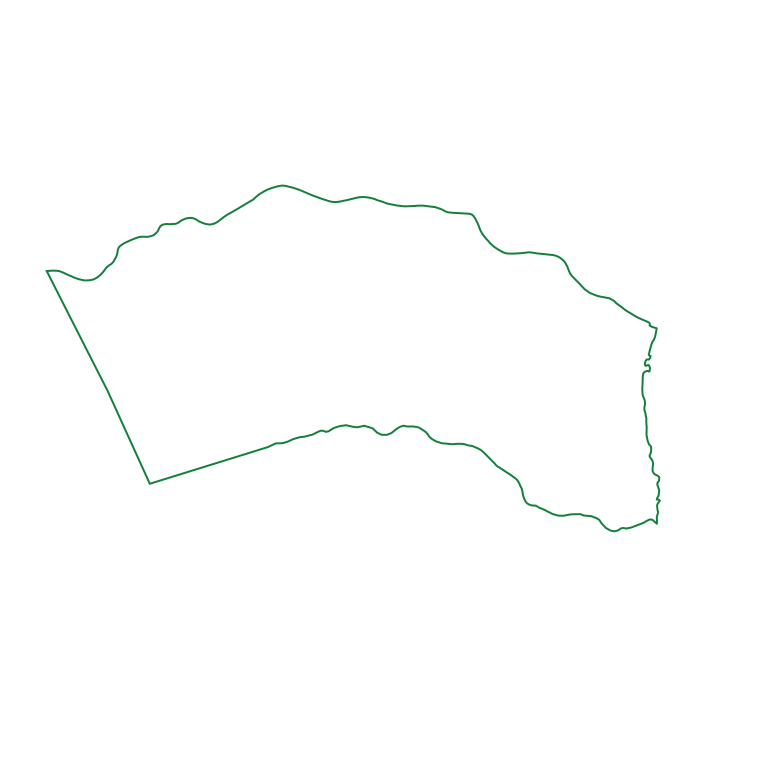 the district of Industry, Choiseul, Saint Lucia, rotated 249°
{"feature_id": "8701671B28263897430178", "entity_name": "Industry", "entity_type": "district", "adm_level": 2, "iso_a3": "LCA", "parent_name": "Saint Lucia", "parent_adm1": "Choiseul", "projection": "mercator", "projection_center": [-61.06, 13.791], "detail": "fine", "context": "isolated", "style": "outline", "palette": "green", "viewbox_px": 768, "rotation_deg": 249, "n_neighbors": 0, "source": "geoboundaries", "source_scale": "gbopen_adm2", "svg_char_len": 6154}
<svg xmlns="http://www.w3.org/2000/svg" viewBox="0 0 768 768"><g transform="rotate(249 384 384)"><path d="M610.3,109.6L476.6,123.5L374.8,129.6L366.7,253.2L367.4,261.5L365.1,267.9L364.7,273.7L365.1,279.5L364.5,286.4L363.3,291.0L362.4,299.1L362.9,304.7L363.1,308.1L362.0,310.7L360.2,312.5L359.7,315.3L360.9,321.3L360.6,327.3L359.1,333.8L355.3,339.5L353.2,343.4L352.1,350.6L346.7,357.5L341.1,360.1L337.5,363.5L335.5,368.4L335.5,373.2L337.5,379.5L338.2,382.9L338.2,386.9L336.0,390.5L333.8,396.2L333.2,397.3L331.9,399.5L331.1,400.6L330.5,401.2L329.6,401.9L326.1,404.5L324.2,405.7L323.3,406.2L321.1,406.9L319.6,407.1L318.6,407.4L317.6,407.9L315.7,408.9L312.5,411.4L311.9,411.9L310.9,413.1L309.5,414.9L308.9,415.5L307.8,417.0L305.5,421.8L304.1,424.6L303.2,426.3L302.3,429.8L301.2,432.9L300.0,435.6L299.1,437.3L296.3,441.0L295.3,442.8L294.3,444.4L293.4,445.3L292.3,446.5L290.2,448.6L288.1,450.4L286.9,451.2L284.8,452.4L272.3,457.9L270.0,458.9L268.0,459.5L265.9,460.7L265.0,461.6L262.9,463.0L261.1,464.4L257.3,467.0L255.5,468.4L253.3,470.0L251.3,471.2L250.8,471.6L247.3,473.7L244.3,474.4L242.3,474.7L240.4,474.7L238.5,474.9L236.4,475.1L233.7,474.6L233.1,474.5L230.4,473.9L229.0,473.8L225.9,473.8L224.7,473.9L223.2,474.2L222.5,474.4L221.4,474.8L219.6,476.1L219.2,476.7L217.9,478.1L216.8,480.3L216.2,481.9L215.4,482.7L213.0,484.5L212.1,485.4L210.5,487.3L210.0,487.6L208.3,489.4L206.7,490.6L205.5,491.9L204.2,493.0L202.0,495.0L200.6,497.0L199.3,498.6L198.8,499.5L198.1,500.8L197.5,502.2L196.8,504.2L196.4,505.7L196.3,506.9L195.9,508.5L195.5,510.9L195.2,512.2L192.2,520.5L189.6,523.4L186.5,529.9L182.4,534.5L179.9,536.3L175.8,537.2L170.0,539.6L165.9,543.0L164.1,545.9L163.5,548.8L163.7,551.5L164.2,552.9L164.2,554.4L163.8,555.9L162.2,558.5L161.4,563.8L161.4,576.4L162.0,580.1L162.3,583.0L162.2,583.9L161.2,585.7L160.2,586.4L157.6,587.7L156.5,588.3L156.0,588.6L156.5,589.1L162.2,591.1L165.9,593.9L168.3,594.2L172.8,595.4L174.0,596.4L176.2,599.7L177.4,599.2L178.4,597.4L179.4,598.0L181.6,600.5L186.0,602.8L189.2,603.0L191.7,603.0L193.9,604.0L195.1,606.1L198.3,607.6L200.3,606.6L203.2,604.0L205.9,603.5L207.9,604.0L213.3,606.8L216.5,607.1L220.4,606.1L221.7,606.1L224.4,608.6L226.6,609.8L230.0,610.9L232.7,609.8L236.7,609.8L242.6,610.9L249.9,613.9L251.2,614.2L256.6,616.0L257.3,616.5L260.5,617.0L262.5,617.5L266.5,617.8L268.9,618.7L271.5,620.5L275.6,621.6L280.9,621.5L286.2,623.1L298.9,628.6L300.7,629.7L301.8,631.1L302.0,633.5L301.7,634.9L300.9,635.5L300.7,636.3L301.7,637.0L303.7,638.1L306.3,638.1L307.1,637.5L307.1,635.1L307.4,634.6L308.6,634.6L310.8,635.7L312.0,636.8L312.7,637.9L312.5,638.9L311.9,640.1L313.1,642.0L314.7,642.8L315.2,642.0L316.4,641.7L320.5,644.4L325.1,647.9L327.2,649.8L328.7,651.9L331.1,654.1L337.6,658.2L338.4,658.4L341.4,654.6L343.4,653.0L344.0,653.4L345.5,653.8L346.9,653.0L348.7,651.2L350.2,649.7L351.7,648.1L355.1,644.8L356.8,643.3L359.9,640.9L361.7,639.5L363.3,638.2L367.3,635.3L371.2,633.1L373.1,631.8L375.5,630.2L376.4,629.7L378.8,628.7L379.8,628.0L380.9,627.1L383.2,625.2L384.7,622.8L388.3,616.9L390.1,614.4L391.3,613.0L394.4,609.7L395.1,609.1L396.7,607.7L397.6,607.3L399.7,605.8L400.6,605.3L404.4,603.7L407.0,602.7L413.0,600.1L417.8,598.0L421.0,597.3L424.0,597.2L428.6,597.2L429.4,597.0L431.2,596.8L432.9,596.5L434.1,596.1L435.7,595.4L439.1,593.4L441.1,591.5L442.3,590.3L443.9,587.8L449.8,576.3L451.0,573.8L452.7,571.0L454.6,567.5L455.1,566.1L455.7,564.0L456.0,562.6L456.7,560.2L457.0,558.9L457.7,556.6L459.1,552.3L460.8,547.9L461.4,546.5L462.4,544.6L463.6,543.1L464.5,542.2L467.2,539.9L468.6,538.8L471.7,536.6L472.8,535.9L474.6,534.9L477.6,533.4L479.7,532.8L483.0,531.4L485.3,530.7L488.4,529.7L492.3,529.1L494.2,529.0L498.9,529.1L501.8,528.9L505.9,528.4L507.5,528.1L508.2,527.9L509.2,527.6L510.2,527.0L510.9,526.5L511.8,525.5L512.8,523.7L513.8,521.5L519.5,508.9L520.5,507.0L521.1,505.8L521.8,504.6L523.0,503.3L524.8,501.8L525.9,500.9L527.6,499.1L528.3,498.2L529.8,496.3L530.8,495.2L534.2,488.7L536.3,484.8L537.1,482.9L538.4,479.4L539.0,477.2L540.6,472.3L542.5,466.8L543.0,465.9L543.8,464.3L545.5,461.0L546.9,458.6L547.6,457.5L551.3,451.7L552.4,450.4L554.7,447.8L555.7,446.6L556.6,445.3L557.7,444.1L558.3,443.3L559.5,442.1L560.4,441.1L561.7,439.3L562.8,437.6L563.4,436.8L564.5,434.7L565.8,432.2L567.1,428.3L567.5,426.5L568.1,422.0L568.4,419.4L569.1,414.2L569.3,413.3L569.9,409.3L570.2,408.2L570.4,406.7L571.5,403.2L571.9,402.6L572.3,401.4L573.5,399.5L574.5,398.1L581.1,390.0L582.5,388.6L583.6,387.2L586.6,383.8L595.0,375.2L599.1,370.4L601.3,367.3L602.7,365.2L604.0,363.5L605.6,360.5L606.1,358.4L606.6,356.1L606.9,352.9L607.1,350.7L607.2,347.8L607.2,345.9L607.1,343.7L606.9,341.8L606.6,340.0L606.4,338.8L606.1,336.9L605.5,334.4L604.6,331.9L603.7,329.6L602.9,327.4L602.7,325.6L601.4,318.2L599.8,308.9L598.7,302.1L598.2,298.3L597.4,294.8L596.3,291.1L595.7,289.2L594.7,285.0L594.6,283.5L594.6,282.6L594.7,281.7L595.2,278.7L596.7,275.9L597.1,275.2L597.8,274.2L598.3,273.6L598.8,273.0L602.1,269.5L605.1,267.5L607.0,265.4L607.7,264.4L608.5,262.8L609.3,259.8L609.4,258.6L609.5,257.3L609.4,254.6L609.2,253.5L608.7,251.1L608.3,249.8L608.2,249.0L608.2,247.3L608.4,246.1L609.0,244.3L610.1,240.8L610.7,239.7L611.2,238.6L611.8,236.4L612.0,235.0L612.0,234.1L611.8,232.9L611.4,231.9L611.1,231.3L610.3,230.2L608.2,228.1L607.4,227.0L607.1,226.5L606.6,225.3L606.1,224.1L605.6,222.5L605.5,221.4L605.5,220.0L605.7,218.2L606.3,215.4L606.9,214.1L607.6,212.4L608.4,210.4L608.6,209.7L609.0,207.6L609.1,206.0L609.1,204.3L609.1,201.1L609.0,198.7L608.6,192.5L608.4,191.4L608.2,190.3L607.9,188.9L607.5,187.5L607.0,186.2L606.3,185.2L605.9,184.7L604.7,183.6L601.4,181.8L599.6,180.3L597.8,178.5L596.9,177.3L595.7,176.0L594.9,174.8L593.8,172.5L593.3,169.9L592.8,168.3L592.3,167.0L591.5,165.4L589.9,163.1L587.7,158.9L587.2,157.5L586.5,155.5L586.2,154.1L585.9,152.2L585.8,151.0L585.8,150.0L586.0,148.3L586.2,147.4L586.5,145.9L587.3,143.4L588.2,141.2L590.7,137.4L591.8,135.9L592.8,134.8L593.2,134.1L596.0,131.3L597.0,130.4L598.1,129.1L601.1,126.2L602.0,125.3L603.0,124.4L603.5,123.8L604.9,122.3L605.6,121.5L605.9,121.0L606.4,120.2L607.0,119.1L607.9,117.0L608.4,115.7L608.6,115.1L609.0,114.0L609.7,111.6L610.3,109.6Z" fill="none" stroke="#15803d" stroke-width="2"/></g></svg>